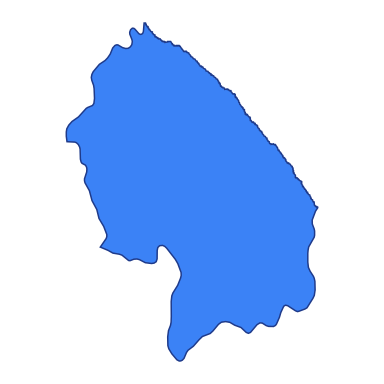 La Laguna de Nisibón, La Altagracia, Dominican Republic (Equal Earth projection)
{"feature_id": "3306468B28180088914928", "entity_name": "La Laguna de Nisibón", "entity_type": "district", "adm_level": 2, "iso_a3": "DOM", "parent_name": "Dominican Republic", "parent_adm1": "La Altagracia", "projection": "equal_earth", "projection_center": [-68.715, 18.868], "detail": "fine", "context": "isolated", "style": "filled", "palette": "blue", "viewbox_px": 384, "rotation_deg": 0, "n_neighbors": 0, "source": "geoboundaries", "source_scale": "gbopen_adm2", "svg_char_len": 5823}
<svg xmlns="http://www.w3.org/2000/svg" viewBox="0 0 384 384"><path d="M67.0,141.7L74.8,142.1L76.4,142.7L78.3,144.5L79.6,147.0L80.1,149.1L80.4,159.2L81.1,162.0L82.0,163.3L85.5,165.2L86.6,167.3L86.9,169.1L86.7,172.0L84.5,178.8L84.5,180.8L85.0,182.8L89.4,190.7L92.0,200.6L96.8,209.5L99.0,218.5L103.7,226.4L106.8,234.5L106.8,236.6L106.2,238.5L100.3,247.1L107.9,250.3L112.9,253.1L119.3,254.2L121.9,255.1L128.6,260.5L130.0,260.7L133.9,259.2L137.0,259.0L139.4,259.6L145.3,262.7L151.6,263.5L154.1,263.1L156.2,261.7L157.1,258.9L157.2,250.4L157.8,247.5L159.6,245.7L162.6,245.4L164.8,246.4L166.7,248.2L175.3,259.3L177.8,263.6L181.1,272.5L181.2,275.5L180.5,278.3L177.7,285.3L172.9,293.0L171.8,295.9L171.2,301.5L171.3,316.5L171.1,322.2L170.5,325.4L168.5,330.6L167.7,336.9L167.9,345.7L168.8,348.8L171.9,353.9L176.9,359.8L179.2,361.0L180.8,360.9L182.3,360.2L184.0,358.4L186.5,352.5L188.0,350.3L193.4,346.2L199.1,339.7L202.4,336.5L210.2,333.5L212.9,331.0L218.5,324.3L221.4,322.2L225.6,321.6L229.8,322.3L234.7,325.2L241.0,327.5L246.2,332.4L248.4,333.3L250.5,332.4L257.0,324.7L259.9,322.9L262.3,323.1L266.2,325.6L268.6,326.4L273.5,326.5L275.5,325.4L276.5,324.0L279.4,317.4L280.8,312.6L283.3,307.1L284.2,305.8L285.6,305.2L287.7,305.7L295.5,310.8L297.5,311.6L298.8,311.3L305.0,309.0L307.0,307.8L313.0,298.2L314.3,295.4L315.1,290.0L314.9,281.3L314.2,278.2L313.4,276.3L310.1,271.2L308.4,267.4L307.8,262.1L307.8,253.2L308.1,250.0L308.7,246.9L314.2,237.2L314.6,235.2L314.6,231.0L314.2,229.0L312.3,224.0L312.2,220.0L315.5,211.2L317.7,207.8L317.7,207.3L317.0,207.3L317.0,206.8L316.4,206.8L316.4,206.4L315.4,206.4L315.1,205.5L314.4,205.1L314.1,202.0L313.4,202.0L313.4,201.6L312.8,201.1L312.5,199.8L311.5,199.4L311.2,198.5L310.8,198.5L310.8,197.2L310.2,196.7L309.8,195.0L308.5,194.5L307.9,193.2L307.5,193.2L307.5,192.3L306.9,192.3L306.9,191.9L306.2,191.4L306.2,190.6L305.9,190.6L305.3,189.2L304.6,189.2L303.9,187.5L303.6,187.5L303.3,186.6L302.6,186.6L302.6,185.3L302.0,184.8L301.7,183.5L301.3,183.5L301.3,183.1L301.7,183.1L301.7,181.8L301.3,181.8L301.3,181.3L299.4,180.4L299.0,179.6L298.4,179.6L298.1,178.7L297.4,178.7L297.1,177.8L295.8,177.8L295.8,177.4L295.4,177.4L295.4,175.2L294.1,173.8L294.1,173.0L293.5,173.0L293.5,171.6L293.1,171.6L293.1,171.2L293.5,171.2L293.5,170.8L293.1,170.8L293.1,169.0L292.8,169.0L292.8,167.7L292.2,167.3L292.2,166.4L291.2,165.9L290.2,164.2L288.9,163.7L288.9,163.3L288.2,163.3L288.2,162.9L287.2,162.9L286.9,162.0L285.9,161.1L285.9,160.2L285.6,160.2L285.6,159.3L285.0,158.9L285.0,158.5L284.6,158.0L284.0,158.0L284.0,157.6L283.3,157.6L283.0,156.3L282.7,156.3L282.7,155.4L281.7,154.5L281.4,153.6L281.0,153.6L280.7,152.7L280.4,152.7L280.4,152.3L279.4,151.4L279.1,150.5L278.7,150.5L278.7,150.1L278.1,150.1L277.4,147.5L277.1,147.5L276.4,146.1L275.5,145.3L275.5,144.8L274.8,144.8L274.8,144.4L273.2,144.4L273.2,143.9L271.2,144.4L271.2,143.9L269.6,143.5L269.2,141.7L268.1,141.3L267.9,140.4L267.0,139.6L267.0,138.2L266.0,137.8L265.3,136.5L264.0,136.0L263.7,135.1L262.4,133.8L262.4,133.0L261.7,132.5L261.7,131.6L261.1,131.6L260.7,130.8L260.1,130.8L259.7,129.9L259.4,129.9L259.1,128.6L257.8,127.7L257.5,125.9L257.1,125.9L256.8,125.0L255.2,124.6L255.2,123.7L254.8,123.7L254.8,123.3L254.2,123.3L253.5,122.0L253.2,122.0L253.2,122.4L252.2,122.4L251.2,120.6L250.6,120.6L250.6,120.2L250.3,120.2L250.3,118.0L249.9,118.0L249.9,117.1L248.6,116.7L247.3,114.5L246.6,114.5L246.6,114.9L246.3,114.9L246.3,114.1L245.3,114.1L245.3,112.7L245.0,112.7L244.7,111.4L244.4,111.4L244.4,109.6L243.7,109.6L243.7,109.2L243.0,108.8L243.0,107.9L242.7,107.9L242.4,107.0L241.7,107.0L240.4,104.8L239.8,104.4L239.4,102.6L238.8,102.2L238.5,100.4L237.2,99.1L237.2,98.2L236.2,97.8L236.2,97.3L235.5,97.3L235.5,96.5L235.2,96.5L235.2,94.7L234.9,94.7L234.9,94.3L234.2,94.3L234.2,93.8L232.6,93.8L231.6,92.1L230.9,91.6L230.9,90.7L229.6,90.7L229.6,90.3L228.3,89.9L228.3,89.4L227.0,89.4L227.0,89.0L224.7,89.4L224.4,88.1L222.7,87.7L222.7,87.2L221.8,87.2L221.4,86.3L220.8,86.3L220.8,85.9L220.5,85.9L220.1,83.7L219.8,83.7L219.8,83.3L219.2,83.3L219.2,82.4L218.5,81.9L218.5,81.1L217.8,80.6L217.5,79.3L216.2,78.9L215.5,77.6L214.2,77.1L213.6,75.8L212.0,75.4L212.0,74.9L211.0,74.9L211.0,74.0L210.6,74.0L210.6,73.6L209.3,73.2L209.3,72.7L208.4,72.3L208.0,71.4L206.1,71.0L205.4,69.2L203.4,68.3L202.8,67.0L201.8,67.0L201.8,66.6L201.2,66.6L201.2,66.1L200.2,66.1L199.8,65.2L198.9,64.4L198.9,63.5L197.9,63.0L197.9,62.6L197.2,62.2L197.2,61.3L195.9,60.8L194.9,59.1L193.3,58.7L192.6,57.3L190.7,56.5L190.7,55.6L189.0,53.8L188.7,52.9L187.1,52.5L187.1,52.1L186.1,51.6L186.1,51.2L185.8,51.2L185.8,51.6L184.1,51.6L184.1,51.2L183.5,51.2L182.8,49.9L181.8,49.0L181.8,48.5L180.9,47.7L180.2,46.3L179.6,46.3L179.2,45.5L177.9,45.5L177.9,45.9L177.3,45.9L177.3,45.5L176.3,45.5L176.3,45.9L174.3,45.9L174.3,45.5L173.7,45.5L173.7,45.0L172.4,44.6L172.4,43.7L172.0,43.7L170.7,41.5L167.8,41.5L167.8,41.9L165.1,42.4L165.1,41.9L164.2,41.9L164.2,41.5L162.5,41.5L162.5,41.1L161.9,41.1L161.5,40.2L160.9,40.2L160.2,38.9L158.6,38.9L158.6,38.4L157.9,38.4L157.9,38.0L157.3,38.0L157.3,37.5L156.0,37.1L156.0,36.7L155.0,36.7L155.0,35.3L154.7,35.3L154.7,34.9L153.4,34.5L153.4,34.0L152.4,33.2L152.4,32.3L152.1,32.3L152.1,31.8L150.7,31.4L149.7,29.6L149.1,29.6L148.8,28.3L148.1,27.9L148.1,27.0L147.8,27.0L147.8,26.6L147.1,26.6L146.8,25.7L146.2,25.2L146.2,24.4L145.8,24.4L145.5,23.0L144.1,23.0L143.4,31.4L142.9,33.0L141.7,34.2L140.3,34.4L138.9,33.7L135.0,29.2L133.8,28.3L132.3,28.2L130.6,29.7L129.7,32.2L129.8,34.1L132.0,39.8L132.3,41.7L131.8,44.7L130.3,46.9L128.2,48.3L125.7,48.5L122.5,47.6L117.9,44.9L116.3,44.9L114.9,45.5L112.7,48.0L110.2,54.1L107.6,57.9L105.1,60.5L99.4,64.3L93.2,71.7L91.9,74.4L91.3,77.4L91.8,80.3L93.6,85.4L94.1,88.6L94.5,98.5L93.9,103.4L92.5,105.5L87.6,107.5L86.2,108.4L78.5,116.9L72.0,121.5L68.8,125.1L66.8,128.8L66.3,131.9L66.3,136.3L67.0,141.7Z" fill="#3b82f6" stroke="#1e3a8a" stroke-width="1.5"/></svg>